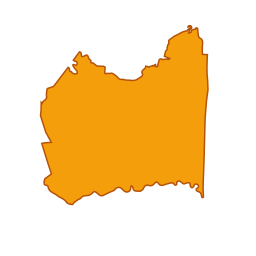 Florencio Villarreal, Guerrero, Mexico, rotated 256°
{"feature_id": "50627088B89189510958197", "entity_name": "Florencio Villarreal", "entity_type": "district", "adm_level": 2, "iso_a3": "MEX", "parent_name": "Mexico", "parent_adm1": "Guerrero", "projection": "albers", "projection_center": [-99.124, 16.694], "detail": "fine", "context": "isolated", "style": "filled", "palette": "amber", "viewbox_px": 256, "rotation_deg": 256, "n_neighbors": 0, "source": "geoboundaries", "source_scale": "gbopen_adm2", "svg_char_len": 5784}
<svg xmlns="http://www.w3.org/2000/svg" viewBox="0 0 256 256"><g transform="rotate(256 128 128)"><path d="M42.7,184.5L51.6,186.3L83.8,195.5L89.6,197.1L113.5,203.7L117.8,204.9L129.4,208.7L135.8,210.9L145.6,214.8L154.4,216.7L161.0,217.7L167.9,219.3L177.8,222.1L180.0,222.8L181.4,218.1L184.7,218.7L190.0,220.1L192.3,221.0L194.5,221.3L195.8,221.1L196.9,220.5L197.5,219.8L198.2,219.3L199.1,218.8L200.3,218.6L201.7,218.8L203.2,218.9L204.3,219.1L205.2,219.2L206.4,219.5L206.9,219.6L207.4,219.6L207.9,219.4L208.4,219.1L208.7,218.4L208.3,218.0L207.7,217.7L207.5,217.2L207.9,216.4L207.6,215.5L207.6,214.3L207.5,213.4L207.0,213.0L206.2,212.6L205.8,212.5L205.4,210.6L205.5,209.9L206.2,210.3L206.7,210.6L207.3,210.9L208.0,211.4L208.5,212.1L209.0,212.8L209.2,213.5L209.6,213.9L209.9,214.1L210.9,214.1L211.5,213.9L211.9,213.6L212.3,212.8L212.4,212.4L212.4,211.9L212.3,211.4L212.1,211.0L211.6,210.6L211.4,210.6L211.4,210.9L211.6,211.2L211.8,211.8L211.8,212.8L211.8,213.2L211.5,213.5L211.2,213.6L210.6,213.6L210.2,213.1L210.1,212.4L209.8,211.5L209.5,211.2L209.2,210.6L208.9,209.6L208.5,209.4L207.9,208.3L208.1,207.2L208.1,205.6L207.8,203.3L206.7,199.0L205.9,195.3L204.8,192.5L204.0,190.5L203.4,189.3L203.2,188.8L199.8,187.9L199.0,186.7L198.0,186.2L196.9,185.5L195.1,185.3L193.5,183.1L188.8,180.6L188.5,180.9L188.3,181.4L187.2,182.8L186.7,183.3L186.4,183.9L186.0,184.3L185.8,185.0L185.2,185.4L184.8,184.6L184.8,183.7L185.2,183.0L185.5,182.3L185.7,181.1L186.0,178.3L186.4,177.6L187.0,177.1L187.1,176.4L187.1,175.7L187.0,175.1L186.6,174.8L185.5,174.1L183.9,173.2L183.0,172.8L182.4,172.4L181.8,172.2L180.8,172.0L180.6,171.6L180.6,170.3L180.8,169.7L181.1,169.3L181.5,169.3L181.8,169.5L182.1,169.7L182.3,170.1L182.6,170.2L182.9,170.2L183.0,170.0L182.7,169.5L182.8,169.3L182.8,169.1L182.7,169.0L182.6,168.9L182.4,169.0L182.2,169.0L182.1,168.8L182.2,168.2L182.4,167.8L182.3,167.3L182.6,167.1L182.6,166.8L182.4,166.5L182.3,166.4L182.3,166.1L182.4,165.9L182.4,165.7L182.4,165.1L182.4,164.8L182.4,164.4L182.3,164.1L182.3,163.8L182.0,163.5L182.0,163.1L182.1,162.7L182.3,162.5L182.5,162.3L182.9,162.0L183.0,161.8L183.2,161.4L183.2,161.2L183.3,160.4L183.6,160.2L183.0,159.8L182.2,159.3L181.6,158.7L181.3,158.0L181.0,157.0L180.0,155.8L179.3,155.2L178.1,154.9L177.2,155.0L176.2,155.1L175.4,154.7L174.6,153.3L173.3,149.6L172.7,147.5L172.7,146.2L172.8,144.7L173.2,143.3L173.5,142.4L174.1,140.7L174.4,139.5L175.4,136.6L176.1,135.6L176.4,134.7L177.0,132.4L177.9,131.2L180.3,129.8L181.8,128.8L184.4,126.5L185.1,125.6L185.3,123.6L185.8,121.9L186.1,120.6L186.2,119.1L186.7,118.8L187.8,119.0L192.6,120.5L193.8,119.2L194.3,117.2L195.0,115.0L195.5,113.4L196.1,112.5L197.0,111.8L197.8,111.2L198.7,110.5L199.3,110.2L199.8,109.0L200.1,108.1L200.9,107.8L202.3,108.3L202.9,108.1L203.9,107.2L204.9,106.8L207.4,106.5L208.0,106.4L208.5,105.9L208.8,105.4L208.9,105.1L208.9,104.8L208.8,104.5L208.5,103.3L208.3,102.1L208.3,101.7L208.3,101.2L208.6,100.5L209.1,100.3L209.7,100.3L211.4,100.6L212.7,100.5L213.5,99.7L213.6,99.3L207.0,91.3L206.9,91.3L206.1,92.1L205.6,92.7L205.2,93.7L204.4,94.4L203.2,94.3L202.0,93.9L201.6,93.3L201.5,92.5L202.7,90.8L202.7,89.9L201.6,89.7L199.4,90.4L197.6,91.2L196.0,92.2L194.6,92.2L193.2,91.8L193.1,90.7L193.2,89.5L193.6,89.0L194.3,88.0L194.7,87.3L195.1,87.0L195.9,86.9L196.5,86.6L196.9,85.4L197.7,85.1L199.1,85.4L200.2,85.6L201.1,84.7L201.3,84.5L186.3,65.8L185.8,59.4L185.6,59.3L185.2,58.9L184.7,58.5L184.2,58.4L183.3,58.1L182.6,57.7L181.9,57.4L181.4,57.4L180.7,57.2L179.9,56.8L178.8,56.6L178.0,56.7L177.4,56.5L176.7,55.8L175.9,55.5L175.4,54.7L175.1,53.7L174.6,52.7L173.6,51.2L172.7,50.7L173.9,50.0L165.8,47.8L161.1,46.1L143.9,47.2L132.6,50.1L133.7,44.3L133.9,40.6L114.1,41.7L102.0,42.6L99.4,36.5L99.2,35.5L99.0,35.2L98.3,34.9L97.6,34.3L96.8,33.8L95.4,33.4L93.7,33.2L93.0,33.5L92.5,34.1L92.1,35.2L90.8,36.3L88.7,36.2L86.7,36.7L85.1,37.6L84.3,38.5L83.5,39.2L83.3,39.4L82.9,39.8L82.6,40.2L82.0,40.6L80.8,42.1L80.0,42.7L79.2,43.3L78.6,43.8L78.0,44.3L77.7,44.7L76.8,45.7L76.4,46.1L75.3,47.4L73.7,48.8L72.4,49.7L71.4,50.2L70.5,50.5L70.1,50.7L69.5,51.4L68.6,52.4L68.0,53.4L68.0,53.8L67.5,54.7L67.3,55.1L67.2,55.7L67.3,55.9L67.7,56.5L68.2,57.0L68.5,57.4L68.8,57.8L68.9,58.2L69.2,58.6L69.3,59.2L69.6,59.8L70.3,61.5L70.6,62.5L70.9,64.0L71.0,64.6L71.1,64.9L71.3,65.2L71.9,66.1L72.3,66.8L72.6,67.6L72.8,68.9L72.7,69.8L72.4,71.5L72.2,73.1L72.1,74.0L72.3,74.8L72.8,76.1L73.0,76.7L73.3,77.4L73.9,78.3L74.3,79.3L74.4,79.9L74.2,80.5L73.9,81.1L73.1,81.6L70.4,83.7L69.8,84.1L69.3,84.7L68.7,86.0L68.5,87.6L69.0,89.3L69.3,91.1L69.8,93.2L70.5,97.2L70.6,97.9L70.8,99.1L70.9,99.5L71.2,100.1L72.0,101.2L72.5,102.0L72.7,103.0L72.7,103.8L72.6,104.7L72.3,105.5L71.9,106.2L70.8,107.1L68.1,108.8L67.5,109.3L66.5,110.5L66.2,111.1L66.1,111.9L66.1,112.8L66.6,114.4L67.4,115.3L68.5,115.8L69.5,116.2L70.4,116.5L70.9,116.9L70.9,117.6L70.5,118.0L69.0,118.3L67.5,118.3L66.3,118.6L65.5,119.2L65.0,120.3L64.6,121.3L63.7,124.7L64.1,125.9L64.6,127.4L66.5,129.1L67.7,130.5L68.1,132.5L67.0,134.7L66.5,136.1L66.5,137.6L67.0,139.0L68.0,140.6L68.4,141.5L68.7,142.5L68.4,143.1L68.0,143.5L67.2,144.0L66.0,144.5L65.1,145.1L64.4,146.2L64.0,147.6L64.1,149.4L64.3,151.9L64.3,153.9L64.3,157.0L64.1,157.5L63.9,158.0L63.0,158.7L62.1,159.3L61.1,159.9L61.0,160.6L61.1,161.0L61.2,161.3L61.5,161.6L63.5,162.2L63.9,162.5L64.2,163.4L64.2,164.3L64.0,165.2L63.7,165.6L62.1,166.9L60.6,168.0L60.3,168.7L60.2,169.3L60.3,170.8L60.4,171.4L60.5,172.0L60.5,172.6L60.0,174.0L59.8,174.3L59.4,174.6L58.6,174.7L57.7,174.5L56.7,174.4L56.0,174.6L55.4,174.8L54.8,175.2L54.6,176.1L55.0,177.1L55.1,177.4L55.9,178.0L56.8,178.6L57.2,179.4L57.2,180.3L56.6,181.6L55.7,182.2L54.5,182.4L53.8,182.2L53.2,181.4L52.4,179.5L50.9,179.2L50.0,179.9L49.3,180.8L48.8,181.5L48.0,182.3L46.6,183.0L44.6,182.9L42.9,183.0L42.4,183.5L42.7,184.5Z" fill="#f59e0b" stroke="#b45309" stroke-width="1.5"/></g></svg>